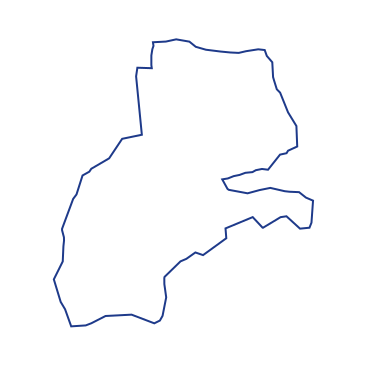 Nsit Ubium, Akwa Ibom, Nigeria (orthographic projection), rotated 99°
{"feature_id": "59680162B36558878931890", "entity_name": "Nsit Ubium", "entity_type": "district", "adm_level": 2, "iso_a3": "NGA", "parent_name": "Nigeria", "parent_adm1": "Akwa Ibom", "projection": "orthographic", "projection_center": [7.956, 4.76], "detail": "fine", "context": "isolated", "style": "outline", "palette": "blue", "viewbox_px": 384, "rotation_deg": 99, "n_neighbors": 0, "source": "geoboundaries", "source_scale": "gbopen_adm2", "svg_char_len": 1268}
<svg xmlns="http://www.w3.org/2000/svg" viewBox="0 0 384 384"><g transform="rotate(99 192 192)"><path d="M327.6,208.7L324.0,203.6L318.9,201.7L300.1,201.0L287.3,204.9L281.3,205.9L280.1,205.8L262.3,192.5L258.9,187.1L251.2,179.2L252.6,171.2L232.3,150.9L222.7,153.2L207.3,128.1L216.2,116.7L216.2,116.3L203.0,100.6L201.2,94.9L211.3,79.6L208.9,70.4L203.6,69.2L181.6,71.1L179.7,78.6L175.4,86.2L176.5,95.8L176.7,100.6L175.7,115.3L179.5,125.5L184.6,136.9L184.1,156.0L183.4,157.4L174.8,164.1L173.0,158.7L169.8,153.3L167.7,147.7L164.7,142.3L162.9,135.4L160.5,132.4L158.3,126.5L158.1,120.4L141.3,110.9L138.9,104.7L136.2,103.6L130.6,95.2L110.5,99.2L98.3,109.6L80.1,120.5L77.3,124.3L69.0,128.4L65.8,129.9L51.3,133.0L45.9,139.4L40.4,142.4L40.7,148.9L44.5,160.7L47.3,167.6L48.2,175.9L48.8,185.7L49.3,200.5L48.0,211.0L43.9,218.1L43.7,231.5L47.5,241.3L50.2,254.0L53.7,252.9L57.2,253.5L63.5,253.5L73.0,252.0L76.0,251.1L77.8,265.4L86.5,265.3L91.5,264.0L143.3,250.5L150.4,269.3L171.7,279.1L184.8,295.1L188.0,296.6L192.8,302.7L212.5,305.7L217.4,308.3L248.8,314.6L250.2,314.3L256.8,311.4L260.0,310.8L265.8,310.5L280.8,308.8L299.9,314.8L321.1,304.5L327.7,299.0L343.6,290.3L340.4,276.1L337.4,270.9L328.0,258.0L322.6,232.5L327.6,208.7Z" fill="none" stroke="#1e3a8a" stroke-width="2"/></g></svg>